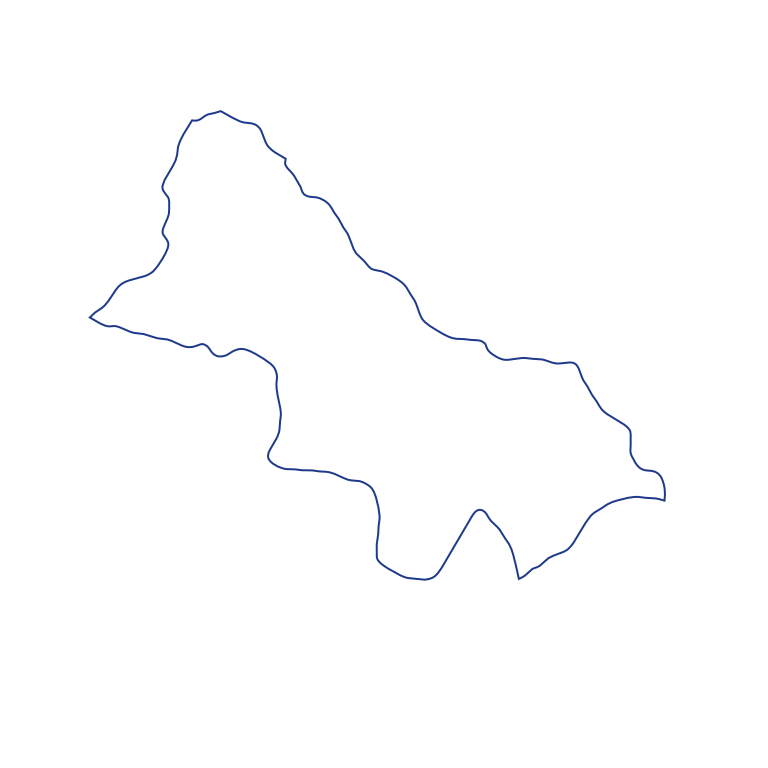 the district of Salcedo, Hermanas, Dominican Republic, rotated 121°
{"feature_id": "3306468B93547885769442", "entity_name": "Salcedo", "entity_type": "district", "adm_level": 2, "iso_a3": "DOM", "parent_name": "Dominican Republic", "parent_adm1": "Hermanas", "projection": "albers", "projection_center": [-70.395, 19.439], "detail": "fine", "context": "isolated", "style": "outline", "palette": "blue", "viewbox_px": 768, "rotation_deg": 121, "n_neighbors": 0, "source": "geoboundaries", "source_scale": "gbopen_adm2", "svg_char_len": 4117}
<svg xmlns="http://www.w3.org/2000/svg" viewBox="0 0 768 768"><g transform="rotate(121 384 384)"><path d="M234.2,664.5L238.7,668.6L243.9,674.0L246.8,675.7L251.4,677.7L254.1,679.5L255.7,681.8L256.9,684.3L273.2,684.5L281.1,683.9L286.7,682.7L294.3,679.3L299.8,677.8L305.9,677.3L322.3,677.1L327.8,676.0L329.4,675.3L330.7,674.3L331.7,673.2L333.0,670.6L335.1,665.4L335.9,664.2L338.1,662.2L344.9,658.1L349.3,655.9L353.1,655.0L362.5,653.8L365.9,653.0L367.4,652.3L368.7,651.4L369.6,650.3L372.4,644.1L374.1,641.7L375.4,640.7L378.7,639.4L384.4,638.6L390.5,638.4L398.9,638.7L403.0,639.2L407.1,640.1L410.7,641.8L414.0,644.0L426.9,656.2L430.0,658.6L433.4,660.5L437.1,661.7L441.0,662.3L454.9,663.0L460.7,663.9L464.1,665.0L471.6,668.5L478.5,670.4L478.3,658.1L477.5,652.5L476.3,649.4L473.2,645.0L472.5,643.6L471.6,640.2L470.0,628.8L469.1,625.0L465.0,615.8L461.5,601.8L457.4,592.6L456.5,588.7L455.1,576.8L454.2,573.0L452.7,569.8L450.8,567.2L448.6,565.1L444.3,561.5L443.4,560.4L442.9,559.1L442.6,557.7L442.7,554.8L443.6,552.2L445.4,548.3L446.2,545.3L446.1,542.0L445.7,540.4L444.1,537.5L443.1,536.3L440.8,534.1L438.0,532.5L433.6,530.3L429.7,527.3L427.6,524.7L426.0,521.4L424.8,515.8L424.4,509.8L424.4,499.8L425.0,492.0L425.9,488.2L426.6,486.4L428.4,483.6L430.7,481.1L433.3,479.2L439.5,476.2L443.6,473.4L448.0,469.8L457.8,460.8L460.7,458.4L463.7,456.4L470.2,453.5L476.1,450.5L479.2,449.2L484.9,448.1L498.4,447.9L502.0,447.6L505.2,446.5L506.7,445.4L507.8,444.1L509.0,441.0L509.5,437.7L509.4,432.3L508.4,427.0L507.1,423.6L503.0,416.3L500.1,409.8L495.0,401.0L492.2,394.4L489.1,388.5L487.8,385.4L486.5,380.1L485.5,370.9L484.6,365.5L483.4,362.3L479.8,354.8L479.0,351.3L478.8,345.9L479.3,342.2L479.8,340.5L481.7,337.0L485.4,332.4L492.5,325.4L498.6,320.4L501.9,318.3L508.4,315.5L515.8,311.6L525.3,307.6L536.1,301.0L537.2,299.9L538.2,298.4L539.3,295.1L539.8,291.4L540.1,285.7L539.6,271.7L539.1,267.8L538.2,264.0L530.9,248.6L529.9,247.2L527.7,244.7L525.0,242.6L523.5,241.8L521.6,241.1L517.8,240.3L511.9,239.9L450.9,240.5L447.4,240.1L445.8,239.6L444.3,238.9L442.9,237.7L442.1,236.3L441.6,234.7L441.8,231.6L442.8,228.9L444.9,225.0L446.2,222.0L448.2,213.3L449.3,209.8L453.9,200.8L456.8,194.4L460.1,189.5L464.1,185.0L471.3,177.8L481.6,168.0L478.5,166.0L475.6,164.5L466.5,161.7L465.3,161.0L462.1,158.4L459.7,156.9L448.7,153.4L444.1,150.5L435.2,143.5L431.9,141.6L430.1,141.0L426.4,140.2L422.5,139.8L398.8,139.7L391.1,139.0L389.2,138.6L385.8,137.4L378.4,133.5L372.0,130.5L367.2,127.2L362.8,123.2L355.7,116.0L352.0,111.4L349.9,108.1L347.0,101.5L342.3,92.5L341.0,89.0L339.5,83.5L333.8,86.4L329.1,89.6L326.2,92.2L323.7,94.9L321.5,97.9L320.6,99.5L319.6,103.0L319.6,106.4L320.5,109.6L323.2,115.1L324.1,118.2L324.2,121.7L323.4,124.9L322.1,127.9L318.1,134.7L316.1,137.1L313.5,138.9L309.3,141.1L300.0,146.7L297.6,148.7L296.7,150.2L295.6,153.5L295.1,157.1L294.9,176.8L294.5,180.7L293.6,184.4L292.2,187.5L289.1,193.4L286.3,199.9L281.2,208.6L278.2,215.0L276.1,218.0L270.6,224.9L268.9,227.8L268.4,229.4L268.2,231.0L268.4,232.7L269.7,235.7L276.0,244.1L277.8,247.2L279.0,250.6L280.5,257.6L281.5,261.1L286.1,270.1L289.1,276.6L291.1,279.7L299.4,290.1L301.3,293.4L301.9,295.2L302.6,298.8L302.8,302.4L302.7,306.0L302.3,309.4L301.4,312.4L300.7,313.6L297.7,317.5L297.2,318.8L297.0,321.7L297.2,323.3L298.2,326.1L301.2,331.7L304.1,338.1L308.1,345.5L309.4,349.0L310.2,352.8L310.7,358.7L310.8,366.8L310.6,374.8L309.9,380.6L308.8,384.3L307.9,386.0L305.8,389.1L298.7,397.8L296.6,400.9L293.6,407.2L289.6,414.6L288.4,417.9L287.7,421.6L287.3,427.2L287.4,432.9L287.7,438.5L288.6,443.9L291.2,451.2L291.8,454.0L291.4,456.9L288.9,464.2L286.5,474.6L285.8,476.3L284.0,479.5L275.8,489.9L273.7,493.0L270.8,499.4L265.7,508.1L262.9,514.6L259.7,520.5L258.4,523.6L258.0,525.3L257.5,528.9L257.8,534.3L258.7,537.8L261.4,543.3L262.4,546.1L262.7,549.1L262.5,550.6L261.3,553.1L258.0,557.1L251.8,568.3L250.6,571.4L248.8,577.7L247.5,580.5L246.6,581.7L245.5,582.6L241.6,584.3L241.6,596.8L241.2,600.9L240.3,604.8L239.7,606.6L237.8,609.9L230.0,619.9L228.5,623.1L227.9,626.6L228.0,628.3L228.7,631.5L232.0,638.8L233.0,642.5L233.8,650.5L234.2,664.5Z" fill="none" stroke="#1e3a8a" stroke-width="2"/></g></svg>